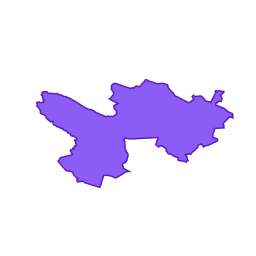 Svariņu pag., Dagdas, Latvia, rotated 21°
{"feature_id": "27541924B20848799608576", "entity_name": "Svariņu pag.", "entity_type": "district", "adm_level": 2, "iso_a3": "LVA", "parent_name": "Latvia", "parent_adm1": "Dagdas", "projection": "natural_earth1", "projection_center": [27.7, 56.101], "detail": "fine", "context": "isolated", "style": "filled", "palette": "violet", "viewbox_px": 256, "rotation_deg": 21, "n_neighbors": 0, "source": "geoboundaries", "source_scale": "gbopen_adm2", "svg_char_len": 5637}
<svg xmlns="http://www.w3.org/2000/svg" viewBox="0 0 256 256"><g transform="rotate(21 128 128)"><path d="M204.5,59.6L204.1,59.6L202.8,60.1L199.4,60.6L198.6,61.7L197.4,61.8L196.7,61.6L196.3,62.1L196.2,62.5L196.3,62.8L197.4,63.3L197.3,64.3L196.9,66.7L196.7,68.5L196.6,69.8L196.0,74.5L194.5,74.4L192.0,74.8L190.7,75.1L190.0,74.5L188.7,73.6L187.4,73.0L185.4,71.9L183.5,72.4L179.3,74.7L177.3,74.0L176.6,75.5L179.1,77.9L175.8,82.7L160.1,81.0L158.2,79.7L158.1,79.8L158.0,79.5L157.3,78.9L156.5,78.6L155.6,78.5L153.5,77.2L152.9,77.1L151.8,76.3L151.2,76.1L151.1,75.8L150.8,75.6L150.1,74.9L150.0,74.6L150.2,74.4L149.3,73.5L144.9,73.7L144.2,73.9L139.1,76.3L132.0,76.6L131.3,76.9L128.9,76.3L127.0,76.7L126.8,77.2L126.8,78.6L126.6,79.2L125.7,79.9L125.8,80.4L125.6,80.9L124.2,85.3L121.0,85.7L119.6,87.2L119.5,88.7L118.7,88.8L118.1,88.7L115.7,90.2L110.7,90.5L106.3,90.6L101.3,90.8L98.9,91.3L97.4,94.2L98.7,97.9L102.3,100.3L102.3,102.1L102.2,102.7L101.4,105.1L100.7,106.7L100.2,107.4L102.5,107.9L109.9,108.8L107.6,111.1L106.8,112.7L108.4,115.0L109.4,115.4L110.7,116.1L111.4,116.3L111.4,116.7L111.6,116.8L111.6,117.7L112.4,118.6L110.0,122.8L108.9,122.9L108.3,123.1L106.9,123.7L104.8,124.2L104.1,124.8L103.9,125.2L103.6,125.4L101.4,125.5L101.2,125.5L101.1,125.2L96.8,125.2L95.3,124.9L93.1,125.3L92.1,124.6L91.1,125.0L90.1,124.2L89.8,124.1L89.3,124.2L88.7,124.1L87.7,124.3L87.5,124.1L86.6,124.1L85.7,124.4L85.6,124.6L84.8,124.7L80.5,124.4L70.7,122.4L70.1,122.2L68.4,122.0L63.0,121.2L58.1,121.0L56.9,121.7L54.0,121.1L53.9,121.4L49.1,121.4L46.7,122.7L45.3,122.6L41.0,124.3L39.1,123.2L35.7,124.7L35.4,125.0L35.1,125.9L35.8,126.4L35.7,127.6L35.2,127.8L35.3,128.3L36.2,128.8L36.6,128.8L36.8,129.0L37.0,129.2L37.7,130.7L38.8,132.0L39.0,132.0L39.8,132.0L39.3,133.2L39.7,133.8L40.2,134.1L39.9,134.6L38.9,134.6L38.7,135.1L37.6,135.5L37.0,135.7L35.5,135.6L34.5,136.4L33.6,137.1L34.5,138.0L35.1,138.1L35.1,138.7L35.1,138.9L35.2,139.0L35.0,140.1L35.5,140.5L36.6,140.7L37.0,140.8L37.4,141.0L37.9,141.7L38.7,142.2L39.5,142.5L40.0,142.9L39.8,143.1L40.0,143.3L40.3,144.0L40.5,144.3L40.4,144.7L40.5,144.8L40.6,145.0L41.0,145.3L42.5,145.9L44.2,145.8L44.5,145.8L45.7,146.3L46.8,146.3L47.2,146.8L47.5,147.1L47.8,147.6L48.0,147.8L48.6,148.0L49.3,148.6L50.0,148.8L51.4,149.4L53.6,150.0L54.3,149.6L54.6,149.1L54.8,148.9L55.3,148.9L55.9,149.2L55.9,149.5L55.9,149.9L56.3,150.7L56.8,151.1L57.7,151.7L58.0,151.7L58.9,151.6L60.2,151.8L60.6,152.0L61.6,152.3L62.0,152.2L62.6,152.0L63.5,152.0L65.0,151.7L65.6,151.9L65.7,152.0L65.6,152.3L66.3,152.1L66.5,152.0L67.0,152.4L67.5,152.2L68.9,153.0L69.5,153.1L70.6,153.0L71.4,152.7L71.8,153.0L72.7,153.1L73.1,153.4L73.0,153.8L74.2,154.3L76.1,154.2L76.8,155.0L77.0,155.1L77.5,155.4L78.2,155.6L78.7,155.4L79.4,155.4L79.8,155.0L80.6,154.9L81.9,155.6L83.1,155.8L83.8,156.3L84.1,156.6L84.5,157.5L84.3,157.9L83.3,158.2L82.8,158.2L82.9,158.6L82.7,158.8L83.9,159.7L84.5,160.2L84.5,160.5L84.6,161.0L85.5,161.8L85.8,162.5L85.8,162.8L85.7,163.2L85.5,163.4L85.1,163.6L84.8,163.6L84.7,163.7L84.9,164.1L84.8,164.4L84.5,165.2L84.4,165.7L85.0,166.8L84.9,166.9L84.4,166.9L84.2,166.6L83.9,166.6L83.8,167.6L82.4,168.9L82.3,169.1L82.3,169.6L82.5,170.2L82.8,170.3L83.1,170.7L84.1,171.3L84.4,171.9L84.5,172.0L85.3,172.0L85.6,172.5L85.5,172.8L85.4,173.2L80.4,176.5L79.9,176.9L75.5,180.0L75.1,182.5L75.1,183.9L74.7,184.1L79.5,186.7L81.0,187.7L85.5,190.0L85.7,189.9L85.8,189.9L91.9,188.9L92.4,189.3L93.8,191.0L95.0,191.7L96.0,192.1L97.7,192.9L99.7,193.3L98.8,194.7L99.9,196.4L101.4,195.8L105.4,193.7L107.1,194.6L122.9,193.5L123.0,190.7L122.7,190.7L122.8,189.4L122.3,180.8L125.8,179.6L127.7,179.1L131.1,178.8L131.8,179.0L134.4,179.1L138.3,174.4L141.9,169.4L144.7,168.2L138.1,167.3L138.0,167.2L138.0,166.9L137.7,166.7L137.7,166.4L137.5,166.1L136.9,165.9L137.0,165.6L136.9,165.5L136.4,165.3L136.3,164.6L135.9,164.3L135.8,164.1L136.1,163.5L136.2,162.9L136.2,162.2L136.4,162.1L138.0,161.2L138.1,160.5L137.9,160.4L138.1,159.9L138.4,159.8L138.6,158.7L138.7,158.3L138.3,157.6L138.1,156.4L137.9,155.8L138.0,155.4L138.3,154.6L138.3,154.4L137.7,153.7L137.4,152.6L136.9,151.8L136.4,151.5L135.8,151.2L134.5,150.3L131.9,147.2L131.8,146.9L131.9,146.3L130.7,143.8L129.9,141.8L128.6,141.3L128.3,141.2L128.0,140.7L128.8,140.3L129.0,138.9L128.8,138.3L130.1,138.2L132.1,137.9L133.4,137.6L134.9,137.0L159.4,126.1L159.6,126.3L159.8,130.7L159.9,133.6L163.3,134.8L165.5,132.4L171.4,133.8L171.6,135.3L172.1,136.0L173.5,136.5L174.2,137.4L175.0,137.6L177.7,137.1L178.6,137.4L179.7,137.3L181.2,137.9L185.5,137.8L186.2,140.1L188.9,139.9L190.1,139.3L194.7,138.9L194.5,138.1L195.1,137.5L195.6,137.4L195.8,136.8L194.9,136.3L194.3,135.3L194.1,134.8L193.3,134.3L193.1,134.0L193.1,133.5L192.9,133.1L192.5,133.0L192.0,133.2L191.3,132.9L191.2,131.9L191.3,131.8L191.5,131.8L192.8,131.1L195.8,130.1L195.6,129.9L199.1,123.1L200.1,121.1L199.3,119.3L201.3,117.5L202.1,116.7L203.1,117.1L205.0,118.5L205.0,118.4L206.3,117.4L206.9,116.7L209.5,115.1L212.2,112.1L216.2,108.0L216.1,107.1L215.8,106.7L215.2,106.3L214.7,106.1L210.9,106.4L210.3,105.3L209.5,104.0L209.3,97.3L217.7,93.4L216.7,92.5L216.7,91.1L215.2,90.8L215.0,90.3L218.9,81.1L222.4,80.9L221.1,78.4L220.5,77.3L216.6,77.0L215.7,77.2L215.3,76.7L214.3,76.5L213.6,76.4L211.4,75.4L209.5,75.2L208.8,75.7L208.4,75.3L204.1,75.1L201.8,75.5L201.8,75.3L201.5,74.5L201.6,74.4L201.4,73.3L201.6,72.6L202.5,72.2L202.7,70.8L203.0,70.6L204.2,70.4L204.7,70.0L205.5,69.9L205.4,69.1L205.6,68.4L205.4,67.8L205.4,67.1L205.2,66.8L204.5,66.0L203.6,65.5L203.0,64.8L203.2,64.6L203.2,63.5L203.3,63.2L203.2,63.0L203.5,62.3L203.9,62.2L204.2,61.6L204.4,60.6L204.4,60.4L204.2,60.2L204.3,60.1L204.1,59.9L204.5,59.7L204.5,59.6Z" fill="#8b5cf6" stroke="#5b21b6" stroke-width="1.5"/></g></svg>